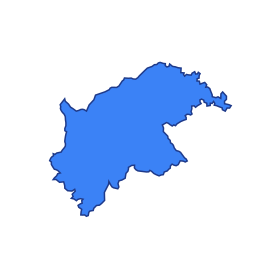 Coxilha, Rio Grande do Sul, Brazil, rotated 137°
{"feature_id": "56859067B95404492612239", "entity_name": "Coxilha", "entity_type": "district", "adm_level": 2, "iso_a3": "BRA", "parent_name": "Brazil", "parent_adm1": "Rio Grande do Sul", "projection": "mercator", "projection_center": [-52.345, -28.125], "detail": "fine", "context": "isolated", "style": "filled", "palette": "blue", "viewbox_px": 256, "rotation_deg": 137, "n_neighbors": 0, "source": "geoboundaries", "source_scale": "gbopen_adm2", "svg_char_len": 3181}
<svg xmlns="http://www.w3.org/2000/svg" viewBox="0 0 256 256"><g transform="rotate(137 128 128)"><path d="M221.8,96.6L220.5,95.2L219.0,94.0L218.6,91.8L216.8,91.1L214.1,93.1L212.4,93.2L209.7,91.4L207.8,92.6L203.9,92.8L201.4,91.0L198.7,90.8L194.5,91.0L192.5,93.3L189.2,97.0L180.6,100.1L178.5,101.9L179.4,98.6L179.9,96.0L179.4,94.2L176.9,90.5L174.9,91.1L173.2,94.2L170.6,95.5L167.9,94.1L164.3,93.2L160.5,96.2L157.5,96.5L155.6,97.7L154.5,98.9L150.8,98.1L148.6,96.3L150.5,94.5L150.7,92.2L150.0,89.9L144.4,83.2L142.7,81.8L140.9,82.1L140.3,80.2L140.1,77.1L139.2,74.6L137.9,71.8L135.9,71.1L134.0,69.8L131.5,71.1L128.4,69.8L126.4,70.1L124.6,69.8L122.7,71.4L120.4,71.5L119.7,69.4L118.5,67.6L116.2,67.0L112.2,68.4L110.1,66.0L109.3,64.1L107.2,63.5L106.6,65.7L107.0,67.6L106.2,74.3L106.6,76.1L108.1,78.6L107.8,81.8L106.6,84.5L106.5,86.3L107.0,88.1L105.6,90.3L105.8,93.1L104.5,94.9L104.6,101.3L102.0,103.8L100.8,106.8L96.1,105.7L95.3,104.0L95.0,102.0L94.3,99.3L92.4,99.0L91.7,97.3L89.2,97.6L84.8,96.7L81.8,95.6L79.6,94.6L78.3,96.0L77.8,98.0L75.5,97.8L74.1,96.4L73.3,94.8L71.6,94.6L70.7,97.0L68.1,98.6L66.5,100.6L64.5,99.1L64.5,97.1L61.9,96.9L57.9,96.0L57.5,98.0L56.2,99.5L54.5,99.0L53.6,96.7L54.7,95.0L53.5,92.4L55.3,90.2L52.5,88.4L50.9,90.0L49.7,88.6L47.3,89.1L47.7,86.8L49.4,85.9L48.1,84.1L47.3,82.4L46.5,80.7L45.4,78.5L46.5,77.0L45.4,74.0L41.9,75.0L40.1,73.3L37.3,74.0L38.4,76.4L40.8,79.9L39.1,81.8L36.5,81.8L34.3,84.1L34.2,89.8L36.7,89.6L40.0,86.4L40.9,89.4L43.0,90.2L45.0,93.4L43.8,94.9L42.4,98.5L41.3,101.1L41.8,103.7L43.3,104.8L40.9,106.0L40.8,109.0L45.4,111.0L43.9,113.6L45.5,115.4L43.7,116.9L42.1,116.0L40.1,117.9L38.2,118.6L38.6,120.8L40.2,120.2L41.7,121.3L40.8,123.7L43.7,124.4L45.7,123.6L47.5,125.5L48.7,127.3L51.2,127.3L50.9,129.2L49.4,130.0L51.6,132.5L48.3,135.6L50.2,137.8L51.7,140.5L53.4,142.7L53.9,146.4L56.0,145.2L57.9,146.1L58.2,148.2L56.8,149.6L58.1,151.1L59.8,154.1L61.5,154.9L63.7,154.8L65.5,156.3L68.4,156.6L73.0,158.6L76.3,158.6L84.2,158.4L86.4,158.1L89.1,158.5L90.8,160.4L91.6,162.3L93.8,164.1L96.5,167.0L98.4,166.1L100.1,166.3L103.5,165.5L106.0,164.9L108.6,165.4L112.1,168.8L113.9,169.3L115.5,168.8L120.1,170.1L129.3,174.2L133.7,171.9L140.6,171.4L146.8,168.7L147.6,171.4L148.5,172.7L149.8,173.7L152.1,174.5L154.3,175.6L155.1,179.8L155.8,182.5L155.2,186.0L155.6,190.4L154.4,192.5L156.2,192.2L161.7,191.3L162.7,189.4L164.2,188.3L164.9,186.6L165.3,184.2L165.3,181.5L166.1,179.1L168.1,176.7L169.8,174.2L171.9,172.0L174.4,170.8L176.0,169.1L175.5,167.1L177.2,166.1L179.1,164.8L180.9,163.4L182.5,162.1L183.6,161.0L184.5,159.1L186.3,157.4L188.7,156.9L191.2,156.6L193.4,156.0L195.0,157.0L197.2,158.3L199.3,158.5L200.2,160.2L201.4,158.5L203.2,158.8L205.1,158.6L207.6,157.5L207.2,155.5L208.9,153.6L209.5,151.0L210.0,148.1L209.0,146.6L208.3,144.5L208.2,141.3L210.6,142.5L212.8,141.7L216.0,141.7L217.9,141.3L215.7,139.4L215.1,135.0L211.8,132.5L212.6,130.8L213.7,128.9L215.3,127.0L214.9,123.3L212.0,120.1L208.8,119.5L209.7,117.8L214.0,117.6L214.9,115.3L217.4,115.2L215.9,112.9L215.3,110.0L213.4,110.0L211.0,108.8L209.5,106.6L211.4,106.4L212.8,104.3L214.6,105.0L217.3,105.5L218.1,103.6L217.3,100.1L219.3,98.8L221.8,96.6Z" fill="#3b82f6" stroke="#1e3a8a" stroke-width="1.5"/></g></svg>